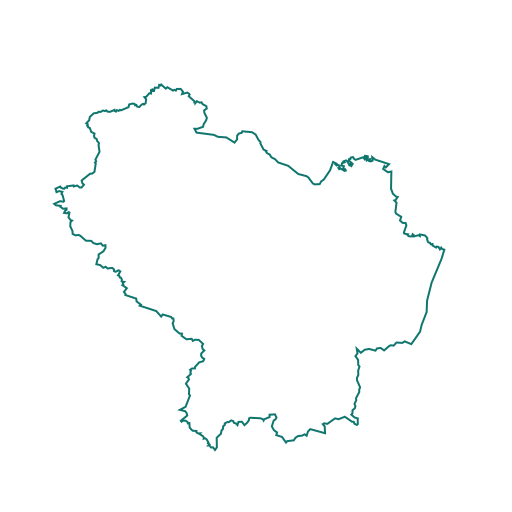 Basilicata, Matera, Italy, rotated 347°
{"feature_id": "23120603B59117294159851", "entity_name": "Basilicata", "entity_type": "district", "adm_level": 2, "iso_a3": "ITA", "parent_name": "Italy", "parent_adm1": "Matera", "projection": "natural_earth1", "projection_center": [16.009, 40.517], "detail": "fine", "context": "isolated", "style": "outline", "palette": "teal", "viewbox_px": 512, "rotation_deg": 347, "n_neighbors": 0, "source": "geoboundaries", "source_scale": "gbopen_adm2", "svg_char_len": 6038}
<svg xmlns="http://www.w3.org/2000/svg" viewBox="0 0 512 512"><g transform="rotate(347 256 256)"><path d="M145.7,399.6L146.2,400.7L147.8,400.0L150.3,400.6L151.9,402.3L152.0,403.8L153.5,403.8L152.8,408.2L154.0,410.6L155.0,412.0L158.6,413.1L158.3,414.5L159.6,415.8L161.5,416.2L160.8,416.6L163.7,419.5L164.4,421.4L164.0,422.2L165.3,422.1L166.6,423.5L167.7,426.9L167.0,427.6L168.3,429.1L167.0,429.9L167.9,430.1L169.2,432.5L171.1,432.8L172.4,435.8L174.8,433.7L176.8,424.3L181.8,421.3L183.2,418.2L184.8,417.2L185.8,414.4L187.6,413.6L187.9,412.1L190.9,411.3L192.1,411.8L194.8,410.6L196.7,411.8L196.9,413.5L198.8,414.7L199.9,416.6L201.6,413.7L204.9,414.3L206.7,418.2L209.8,416.5L212.1,414.5L212.7,412.7L214.0,412.3L223.8,415.1L226.0,416.6L226.4,418.0L227.3,416.9L233.0,416.0L233.5,413.7L238.9,414.6L239.6,418.0L238.1,419.7L236.3,420.2L233.1,425.6L234.3,429.8L236.8,432.6L235.5,435.1L240.6,438.1L243.3,444.5L244.7,443.4L251.4,444.1L253.5,442.0L256.5,440.9L260.5,441.4L263.3,440.7L264.9,442.5L267.1,438.8L269.9,436.9L283.4,444.2L284.6,437.6L283.3,434.9L284.8,434.4L287.8,435.6L296.5,432.0L299.8,433.6L306.4,432.6L312.3,439.1L313.9,439.5L314.1,441.5L316.3,443.3L317.4,442.6L318.6,437.1L315.7,435.5L313.2,432.0L314.5,431.1L315.4,428.0L318.1,426.5L319.1,424.7L318.7,422.2L321.2,419.2L321.5,417.0L326.0,411.8L326.5,409.3L327.9,407.5L326.5,399.8L326.9,397.5L328.9,395.0L329.8,390.6L332.0,386.9L331.1,385.3L332.1,380.2L330.4,376.0L333.0,373.7L333.3,369.0L336.4,373.9L340.8,371.8L345.3,372.0L351.1,375.1L353.1,373.3L356.7,373.6L359.6,376.8L365.5,373.7L367.3,373.3L370.0,374.3L373.4,371.9L379.0,373.6L381.6,372.6L387.5,376.8L398.8,366.7L401.9,360.4L409.7,348.9L412.6,338.1L421.1,321.5L436.2,300.4L440.9,292.2L438.9,291.1L438.3,289.5L436.7,290.9L435.8,288.1L434.3,287.5L433.4,288.3L430.4,285.5L430.7,284.0L428.9,283.9L428.6,282.4L426.9,281.4L426.4,278.5L427.0,277.2L425.3,274.0L420.6,271.9L420.1,273.5L419.0,272.3L413.8,272.4L414.2,270.8L413.5,270.0L412.5,271.7L411.1,271.8L409.1,270.9L408.3,269.5L408.9,269.0L405.5,267.5L405.3,266.5L409.4,260.0L409.2,257.5L406.3,256.7L404.3,253.8L406.3,250.5L402.0,246.2L401.7,244.5L404.9,235.7L403.3,233.0L404.8,232.8L407.2,230.4L406.2,230.1L403.4,226.1L402.7,220.9L406.9,204.1L403.4,204.1L399.5,199.8L401.4,197.2L402.4,198.9L406.3,196.4L393.8,188.9L391.5,185.8L391.0,189.4L388.9,189.6L388.1,189.1L389.0,187.3L387.6,187.2L387.0,188.4L386.6,188.0L387.1,186.9L386.5,186.5L385.2,187.6L384.8,186.1L385.6,185.2L384.1,184.4L383.4,185.6L382.8,183.9L374.8,184.7L373.6,183.8L372.8,181.5L370.4,181.4L369.7,182.8L368.3,182.6L368.2,184.3L370.9,187.9L369.5,189.4L369.1,187.3L368.3,187.5L368.5,189.3L367.4,188.6L366.2,184.0L365.2,183.1L362.6,183.5L363.3,184.7L360.7,184.9L359.6,187.1L361.9,188.3L360.4,190.6L362.4,191.5L362.7,192.9L361.4,193.0L358.1,189.8L356.5,190.1L356.1,188.6L357.4,188.2L357.5,186.5L355.9,185.5L355.0,186.0L354.0,184.6L355.0,184.0L352.3,181.7L347.4,189.2L339.2,196.8L336.4,197.9L334.2,200.3L329.3,199.4L327.7,198.1L324.6,191.1L323.2,189.6L315.6,185.6L307.7,175.4L298.6,169.8L296.3,165.9L293.2,163.3L292.2,160.2L289.9,158.3L289.2,156.5L289.8,156.0L287.3,154.0L285.6,147.3L286.0,146.0L284.5,143.3L283.0,137.6L280.0,134.5L270.7,131.4L269.8,132.8L266.8,132.8L264.7,134.5L263.8,138.1L260.6,140.7L253.8,133.8L245.7,131.3L242.2,128.5L225.8,122.4L224.7,118.2L227.5,118.9L233.5,118.2L234.6,115.9L238.0,112.5L239.2,110.3L237.9,104.8L238.2,102.5L241.2,101.2L241.3,98.8L238.2,96.1L237.5,94.0L235.8,94.0L233.2,91.9L231.2,93.5L231.3,92.6L230.5,92.4L230.8,91.3L226.4,85.2L227.6,83.8L227.3,82.8L225.7,81.3L220.4,81.6L221.8,79.5L220.2,76.3L216.4,75.4L215.1,76.8L213.8,75.7L212.4,76.2L207.6,71.6L205.7,72.6L202.2,67.6L201.4,68.4L200.2,67.5L198.8,70.2L195.3,69.2L193.7,72.3L192.7,72.1L192.6,70.4L191.0,70.7L190.3,74.1L188.7,73.4L184.8,76.2L183.0,76.1L184.2,78.7L182.8,82.3L181.0,83.2L180.5,82.4L179.0,82.6L175.7,84.6L173.5,83.4L173.4,81.9L172.1,81.9L171.9,80.4L169.7,79.7L166.5,79.8L165.3,82.3L157.2,83.7L156.3,83.0L154.8,83.7L153.3,82.6L152.0,83.8L150.9,82.9L151.0,81.8L146.2,82.7L143.9,82.0L142.8,80.4L141.5,80.8L139.6,79.8L136.8,80.7L135.0,80.0L133.9,80.8L129.9,80.5L125.4,83.1L123.9,86.3L120.5,88.5L121.7,89.7L120.8,91.0L121.5,91.5L121.4,92.9L122.9,93.9L123.3,97.9L126.2,100.4L125.1,102.7L125.4,104.7L127.0,106.0L127.1,108.2L128.4,110.7L127.5,112.6L127.0,119.2L121.2,126.0L121.6,127.7L120.1,128.8L120.7,129.7L117.5,137.7L114.8,138.9L112.9,138.5L103.1,143.2L103.2,146.1L104.4,147.8L101.5,150.0L99.8,149.7L97.6,147.1L94.1,147.2L94.1,146.2L87.5,145.6L87.2,147.0L85.5,146.4L84.0,147.4L81.3,145.6L80.9,144.3L75.8,145.3L76.0,148.9L78.8,148.5L81.8,149.9L80.4,151.8L81.2,153.2L81.4,159.3L80.6,159.8L77.4,158.5L71.1,159.8L72.5,161.6L76.9,163.2L76.4,164.0L78.7,166.6L82.1,167.0L81.8,168.4L80.3,168.9L78.7,170.8L81.4,171.9L83.4,171.1L84.0,171.7L82.0,176.2L83.5,179.4L84.7,180.1L82.8,181.3L81.7,185.2L82.8,190.4L82.3,193.3L84.9,195.3L87.8,195.6L89.4,196.8L93.7,202.8L98.9,204.2L100.4,206.8L103.6,208.7L107.7,208.8L109.0,211.5L111.7,211.6L111.2,214.2L108.4,217.1L103.0,219.1L102.3,222.4L100.7,223.8L98.6,228.1L102.1,229.8L104.5,233.1L107.1,232.7L108.6,234.8L113.2,235.2L114.6,237.1L114.2,238.7L115.6,239.8L118.9,239.0L120.3,240.5L117.2,243.8L118.3,244.4L118.5,246.4L119.5,246.7L120.0,248.6L119.4,250.4L121.7,251.6L120.1,252.3L120.3,254.0L119.3,254.4L122.9,258.3L119.2,261.3L120.3,263.4L119.9,264.6L129.7,270.6L129.4,273.4L132.9,277.5L131.6,278.3L146.4,287.2L150.0,293.7L152.0,292.0L159.7,296.4L160.2,298.0L161.4,298.3L161.2,300.8L159.6,303.0L160.1,308.9L164.0,314.3L166.4,315.0L165.5,317.0L169.5,321.5L174.7,322.2L175.3,324.5L177.5,323.9L181.3,324.8L184.7,329.8L183.0,331.5L183.1,334.6L184.4,336.4L180.7,338.7L180.1,340.9L180.8,343.1L182.4,344.5L181.9,345.5L180.7,346.7L176.8,346.8L171.6,350.4L171.2,351.8L168.4,351.2L166.2,352.1L166.8,353.2L165.8,354.7L166.1,356.2L161.8,358.7L162.7,359.4L162.9,361.2L159.0,364.7L161.1,370.2L159.6,375.5L160.3,377.0L153.5,387.1L147.2,388.8L152.1,391.3L153.0,393.2L153.1,396.0L145.7,399.6ZM384.8,182.9L384.3,184.2L387.2,184.7L387.3,183.9L384.8,182.9Z" fill="none" stroke="#0f766e" stroke-width="2"/></g></svg>